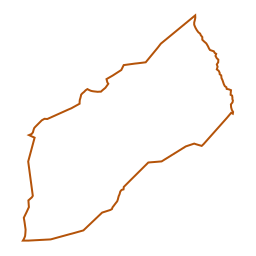 the district of João Dourado, Bahia, Brazil
{"feature_id": "56859067B11161986118081", "entity_name": "João Dourado", "entity_type": "district", "adm_level": 2, "iso_a3": "BRA", "parent_name": "Brazil", "parent_adm1": "Bahia", "projection": "albers", "projection_center": [-41.539, -11.21], "detail": "fine", "context": "isolated", "style": "outline", "palette": "amber", "viewbox_px": 256, "rotation_deg": 0, "n_neighbors": 0, "source": "geoboundaries", "source_scale": "gbopen_adm2", "svg_char_len": 1799}
<svg xmlns="http://www.w3.org/2000/svg" viewBox="0 0 256 256"><path d="M232.8,113.7L233.1,112.0L231.8,109.8L231.1,107.2L230.9,104.4L232.5,102.4L232.9,100.6L232.4,99.1L232.4,97.4L232.1,95.6L230.6,94.8L230.8,92.0L231.0,90.2L229.0,89.4L226.7,88.9L226.4,87.3L224.8,86.1L223.8,84.1L222.5,80.2L221.5,78.1L221.2,75.4L219.7,74.2L219.6,72.6L218.6,70.7L216.8,69.4L217.6,66.8L216.8,64.4L218.2,62.3L218.3,59.6L216.8,58.3L215.5,55.9L216.2,53.9L214.7,52.9L213.8,51.3L212.0,50.7L210.0,50.0L209.0,48.5L208.0,46.3L206.3,43.4L203.9,41.3L202.3,39.7L202.3,37.1L200.8,35.2L200.1,33.6L198.4,32.3L196.8,30.1L195.6,28.0L194.9,26.5L194.2,24.7L194.2,22.5L194.8,20.2L195.3,17.8L195.2,15.4L160.8,43.7L158.5,46.7L157.4,48.1L145.7,62.3L137.6,63.3L134.8,63.6L123.7,65.1L121.3,70.0L112.6,75.6L106.5,79.1L107.4,82.5L108.3,83.8L105.4,87.8L102.4,90.3L100.9,91.7L99.1,91.7L97.6,91.8L95.9,91.6L94.0,91.4L92.1,91.1L90.6,90.7L88.9,89.9L87.4,89.1L85.6,90.3L84.1,91.9L82.5,93.2L81.2,94.6L80.8,96.4L80.4,98.0L79.8,99.9L79.6,102.0L79.6,103.7L71.3,108.3L68.9,109.3L47.3,119.0L44.5,118.8L41.8,120.3L39.9,122.2L38.4,123.7L35.3,126.8L34.2,128.1L33.6,129.8L32.9,132.4L31.6,134.0L29.0,135.1L34.6,137.7L28.2,161.5L32.8,195.8L31.9,197.3L28.4,200.4L28.9,207.1L26.5,212.3L23.8,217.8L24.4,221.2L24.7,223.2L25.6,229.7L25.4,232.9L25.1,236.0L24.5,237.6L23.8,239.1L22.9,240.6L28.3,240.6L50.7,239.4L57.6,237.5L70.0,234.1L72.4,233.5L83.4,230.4L102.1,212.6L110.2,210.0L111.9,209.1L112.5,207.4L113.8,205.7L115.6,203.3L117.2,201.3L117.9,199.3L118.3,197.6L118.7,196.1L119.5,194.4L120.3,191.5L121.6,189.9L123.5,189.4L123.8,186.9L131.7,179.0L148.3,162.5L151.8,162.2L154.5,162.0L161.6,161.4L185.8,146.4L191.8,144.4L194.2,143.6L195.9,144.2L201.7,145.9L203.6,144.1L226.9,117.9L229.5,114.8L231.2,112.8L232.8,113.7Z" fill="none" stroke="#b45309" stroke-width="2"/></svg>